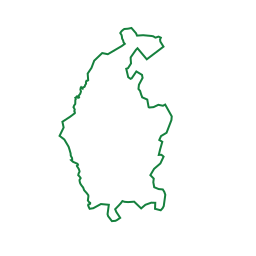 outline of Kusada, Katsina, Nigeria, rotated 150°
{"feature_id": "59680162B88881037507986", "entity_name": "Kusada", "entity_type": "district", "adm_level": 2, "iso_a3": "NGA", "parent_name": "Nigeria", "parent_adm1": "Katsina", "projection": "natural_earth1", "projection_center": [7.948, 12.456], "detail": "fine", "context": "isolated", "style": "outline", "palette": "green", "viewbox_px": 256, "rotation_deg": 150, "n_neighbors": 0, "source": "geoboundaries", "source_scale": "gbopen_adm2", "svg_char_len": 2552}
<svg xmlns="http://www.w3.org/2000/svg" viewBox="0 0 256 256"><g transform="rotate(150 128 128)"><path d="M128.5,54.5L128.6,57.4L132.0,59.8L134.9,63.6L133.2,68.4L131.0,71.3L132.2,76.0L125.8,79.6L117.7,81.1L111.5,85.4L112.0,87.0L112.2,87.4L112.6,88.2L113.2,88.5L113.5,88.6L113.9,88.9L114.8,89.3L110.9,93.4L105.2,98.9L106.9,102.0L103.4,104.5L97.0,104.6L86.4,113.2L84.3,116.2L84.1,129.7L86.6,129.8L88.9,131.8L90.1,132.9L95.2,133.3L95.4,133.3L99.3,135.1L99.7,135.7L99.7,135.8L97.1,143.0L99.8,146.7L100.4,147.5L100.1,148.4L100.1,149.2L99.6,151.5L99.0,154.1L99.4,156.6L96.9,160.0L93.2,162.3L90.3,164.1L89.8,165.7L89.3,167.0L92.5,172.8L99.9,169.2L101.2,169.3L102.4,171.9L99.9,180.2L98.1,179.8L93.1,182.4L91.2,186.4L90.4,187.8L82.3,191.6L82.1,191.7L79.9,192.3L77.4,178.1L56.6,180.7L56.8,186.6L56.0,188.6L54.4,189.8L55.9,191.9L58.5,192.4L59.1,192.6L60.3,194.8L61.7,196.0L62.0,196.2L68.5,200.8L74.0,203.5L73.7,206.1L75.0,212.9L77.5,213.7L78.8,214.2L81.7,215.6L83.7,215.4L85.4,215.0L87.2,214.1L87.1,211.7L87.6,210.2L88.4,208.3L88.4,206.5L89.0,204.3L88.7,202.5L92.4,202.1L108.6,202.0L112.9,205.8L121.5,203.7L123.6,203.2L129.6,198.3L135.7,195.3L138.6,189.3L139.4,189.2L140.3,189.7L141.5,188.8L142.1,187.4L143.8,186.5L144.7,185.6L145.2,185.4L146.7,185.7L147.6,184.8L148.0,185.7L148.2,186.8L148.7,186.6L150.0,185.1L150.5,183.1L151.2,182.5L152.3,181.5L154.2,180.8L155.0,180.4L154.9,179.1L155.2,178.9L156.1,179.1L156.0,180.7L156.6,181.0L157.9,180.4L158.5,180.5L158.7,179.2L159.6,178.6L161.4,175.6L161.8,175.1L162.9,174.7L163.8,174.1L164.8,173.3L164.8,171.7L165.0,170.4L165.8,169.8L166.2,169.1L166.1,168.3L166.7,167.4L172.4,166.7L181.7,166.2L183.5,160.6L191.2,155.4L188.9,149.9L188.8,141.5L189.5,138.3L190.0,136.4L190.4,134.7L191.4,132.7L191.5,129.9L192.2,128.4L193.3,128.6L193.0,127.6L192.6,126.3L189.8,122.5L189.6,121.9L189.7,121.1L191.2,120.8L191.3,120.4L191.2,119.5L191.1,117.4L191.5,115.1L191.8,114.4L193.4,113.4L194.7,112.0L194.3,110.5L194.0,108.6L194.2,108.1L194.7,107.9L195.8,107.4L196.2,106.8L196.7,105.5L197.1,103.8L197.0,101.5L196.6,98.9L197.1,96.0L196.3,92.2L196.0,89.6L196.6,88.4L199.0,85.3L198.8,83.3L198.2,82.1L198.6,81.4L199.3,81.2L199.9,81.4L200.6,81.6L201.2,81.0L201.4,79.9L201.6,77.8L201.6,77.2L198.2,75.9L189.5,75.7L183.0,71.1L188.8,63.6L189.3,61.6L188.5,55.4L185.3,53.9L183.5,53.8L179.7,54.1L180.1,61.2L179.7,64.1L174.5,65.6L172.0,66.4L169.4,67.5L167.9,65.8L165.0,63.8L159.5,61.1L156.8,51.8L151.3,52.8L145.2,51.7L141.8,49.6L145.0,44.5L140.8,40.4L138.2,41.2L136.1,42.5L129.1,51.5L128.5,54.5Z" fill="none" stroke="#15803d" stroke-width="2"/></g></svg>